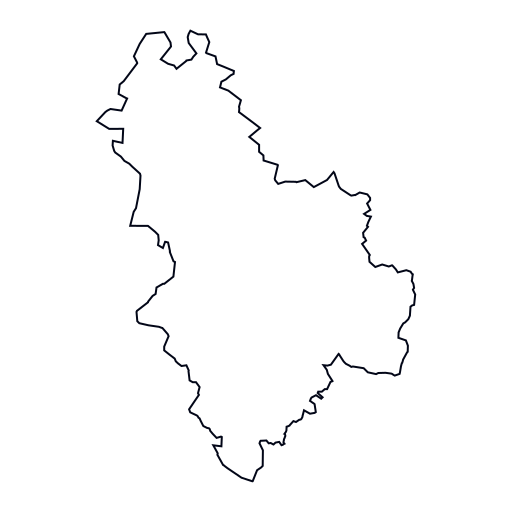 Zangon Kataf, Kaduna, Nigeria
{"feature_id": "59680162B76884691739548", "entity_name": "Zangon Kataf", "entity_type": "district", "adm_level": 2, "iso_a3": "NGA", "parent_name": "Nigeria", "parent_adm1": "Kaduna", "projection": "mercator", "projection_center": [8.252, 9.897], "detail": "fine", "context": "isolated", "style": "outline", "palette": "ink", "viewbox_px": 512, "rotation_deg": 0, "n_neighbors": 0, "source": "geoboundaries", "source_scale": "gbopen_adm2", "svg_char_len": 4328}
<svg xmlns="http://www.w3.org/2000/svg" viewBox="0 0 512 512"><path d="M300.7,419.5L301.4,418.9L302.4,417.0L302.7,415.2L302.9,414.8L302.9,414.7L304.0,410.3L310.0,413.7L314.6,412.9L315.8,412.1L314.6,404.2L314.4,403.9L310.0,400.9L310.9,398.5L311.6,397.5L316.0,395.2L321.2,398.7L322.6,397.3L317.7,393.0L318.2,391.7L321.8,391.7L324.8,389.1L327.1,389.1L330.5,381.9L332.2,381.3L332.5,381.1L327.9,373.9L326.8,369.9L326.7,369.7L323.5,365.2L327.4,365.6L330.9,364.7L338.6,353.9L339.2,354.4L339.4,354.9L339.7,355.4L343.3,361.0L344.2,362.1L345.9,363.8L349.6,365.7L351.3,366.9L352.9,366.5L363.7,368.2L364.8,369.3L367.8,372.3L376.1,374.1L378.3,373.0L385.5,372.8L391.3,373.6L392.3,374.0L393.6,375.0L394.3,375.3L394.8,375.6L395.5,375.3L399.6,373.9L399.9,372.7L401.0,366.2L401.8,363.2L402.2,362.9L402.8,360.9L403.1,359.6L407.1,352.3L407.7,351.8L407.9,345.7L405.9,340.4L398.4,337.8L398.6,332.4L400.2,328.5L403.3,323.4L405.1,322.4L408.3,319.2L409.9,315.7L410.5,306.7L412.2,305.4L414.1,304.9L415.2,294.5L415.1,294.3L412.9,289.7L414.1,287.9L413.4,283.9L411.8,280.9L411.9,280.7L412.5,275.9L412.8,274.3L411.9,273.7L410.6,271.7L406.3,270.2L404.8,270.6L397.8,272.4L395.9,269.4L392.3,265.4L392.0,265.3L388.8,266.5L382.2,264.5L375.3,267.0L369.5,261.8L369.2,258.6L369.1,256.9L369.2,256.3L369.3,255.8L369.8,255.0L362.1,243.9L366.1,240.6L364.7,237.7L363.6,237.2L363.1,232.8L368.0,226.8L366.9,225.8L368.4,221.8L370.9,216.6L366.8,215.9L364.1,213.9L370.4,209.9L367.1,203.5L370.1,200.2L370.1,197.9L367.6,194.7L367.4,194.4L366.7,194.2L359.7,192.5L355.2,195.1L354.8,195.0L351.4,195.6L350.6,195.3L340.8,188.9L339.1,186.7L338.7,185.8L334.5,173.3L333.6,172.0L327.0,180.0L319.2,184.2L313.8,187.1L305.3,180.1L296.4,182.2L295.9,181.8L285.2,181.6L278.2,183.9L275.2,180.3L274.7,178.7L277.9,165.2L277.6,164.8L263.6,160.5L263.4,155.4L259.1,151.8L259.1,144.8L249.3,136.9L256.6,130.8L260.1,128.0L256.6,125.3L252.4,122.1L239.0,112.1L239.2,110.2L239.3,108.1L239.0,106.8L240.9,100.2L228.3,90.6L220.0,87.4L221.4,81.7L225.9,79.4L229.2,76.6L230.9,75.2L233.6,73.9L233.7,72.7L233.9,71.0L223.6,66.7L217.1,64.1L215.5,56.4L206.6,53.2L206.0,52.7L209.3,42.1L207.3,37.7L205.9,34.4L204.1,34.4L198.0,34.3L190.4,30.7L188.6,34.0L187.7,37.1L188.7,43.0L196.4,53.4L193.3,56.7L191.4,59.6L186.4,60.5L186.1,61.1L176.5,68.8L174.1,65.5L168.1,63.8L160.8,59.3L171.0,46.5L170.5,42.5L164.5,32.3L164.3,32.1L146.2,33.9L139.7,43.9L133.9,56.3L137.1,62.5L137.2,63.3L123.7,81.2L119.7,84.5L118.6,94.0L126.3,98.2L127.1,98.5L121.6,110.6L110.5,109.0L107.3,110.6L105.3,112.1L96.8,121.2L109.2,128.9L123.2,128.8L122.7,139.3L122.5,142.9L117.3,141.8L112.9,140.8L112.6,145.5L114.2,150.9L115.2,152.5L120.9,156.6L124.4,160.9L129.3,163.7L132.3,166.7L140.0,173.7L140.5,175.6L139.7,189.2L136.0,208.2L133.7,211.8L130.2,225.8L148.0,225.9L155.1,231.8L158.2,234.9L158.7,240.3L158.0,245.1L162.9,248.0L165.1,241.8L165.9,241.9L168.1,242.5L170.0,251.3L169.8,251.9L173.5,261.3L175.0,262.0L173.4,276.6L164.3,283.8L162.9,283.8L156.5,287.5L155.6,294.0L152.6,295.9L148.1,301.6L148.0,302.3L137.0,310.8L136.5,311.9L137.3,321.2L139.3,323.2L148.5,325.3L158.9,326.8L162.2,328.0L162.4,328.0L167.8,334.2L168.6,336.2L164.2,346.6L164.2,350.4L169.6,354.7L174.7,358.6L175.8,361.3L177.5,362.9L177.9,363.3L181.5,366.0L186.4,365.3L188.7,370.4L188.5,371.2L189.6,380.4L192.7,382.2L196.0,382.2L199.6,387.1L198.0,393.2L198.9,394.9L194.8,400.9L189.1,409.3L190.2,412.3L193.3,413.8L195.9,415.0L196.9,415.5L197.7,416.2L198.5,417.7L199.6,418.4L200.6,420.7L203.3,426.0L207.0,427.9L209.0,428.3L209.8,429.2L210.2,430.8L212.7,433.8L216.6,437.9L221.0,436.6L221.8,437.0L221.4,446.3L213.3,445.3L217.7,453.3L217.4,454.8L223.1,465.0L223.6,465.1L224.2,465.7L227.5,468.2L232.5,471.6L241.5,477.7L252.4,481.3L252.7,481.2L256.8,470.9L257.1,470.2L261.1,467.5L262.7,465.9L262.9,450.3L259.5,443.3L260.1,441.5L260.6,440.8L266.4,440.5L268.7,443.3L270.7,443.0L273.4,444.5L273.5,444.5L275.5,442.6L279.2,441.9L281.5,445.2L282.8,444.8L283.6,444.1L284.5,443.7L284.4,443.5L284.3,443.4L284.0,443.2L283.6,442.9L283.5,442.6L283.6,441.3L283.8,440.6L283.9,440.2L283.9,439.8L284.0,439.2L284.3,438.6L284.4,438.4L284.8,437.4L284.8,437.2L285.0,436.8L285.1,436.5L285.3,436.1L285.3,435.5L284.9,433.8L284.8,433.5L284.7,433.5L285.9,431.8L286.4,430.5L286.6,426.7L287.9,426.3L289.5,425.6L289.8,425.1L293.4,421.1L296.0,422.0L299.2,419.8L300.7,419.5Z" fill="none" stroke="#020617" stroke-width="2"/></svg>